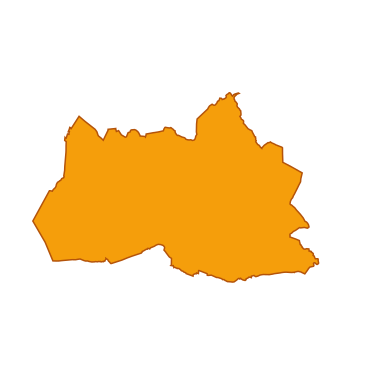 outline of Irimbo, Michoacán, Mexico, rotated 288°
{"feature_id": "50627088B92486141499695", "entity_name": "Irimbo", "entity_type": "district", "adm_level": 2, "iso_a3": "MEX", "parent_name": "Mexico", "parent_adm1": "Michoacán", "projection": "orthographic", "projection_center": [-100.467, 19.711], "detail": "fine", "context": "isolated", "style": "filled", "palette": "amber", "viewbox_px": 384, "rotation_deg": 288, "n_neighbors": 0, "source": "geoboundaries", "source_scale": "gbopen_adm2", "svg_char_len": 6034}
<svg xmlns="http://www.w3.org/2000/svg" viewBox="0 0 384 384"><g transform="rotate(288 192 192)"><path d="M194.9,314.1L196.8,312.9L198.0,311.6L198.8,310.2L199.1,308.4L201.6,305.9L204.1,302.2L207.2,296.8L208.8,294.5L209.8,291.9L210.4,290.7L210.4,289.7L210.9,288.9L213.3,288.5L215.7,288.7L217.7,289.5L219.8,289.6L221.5,290.0L228.7,291.1L231.7,291.5L235.2,292.1L238.2,291.4L244.2,290.9L246.6,279.0L248.3,269.2L256.3,266.3L262.0,264.4L262.4,263.6L262.6,259.1L262.7,258.6L262.7,257.2L262.9,256.6L263.2,254.5L263.3,253.0L263.8,251.0L263.3,250.8L262.8,249.9L262.6,249.7L262.4,249.4L262.4,249.0L258.8,246.3L256.8,245.4L256.0,245.2L255.8,244.7L255.6,244.7L255.1,244.8L256.0,242.8L256.6,242.3L257.2,241.3L257.4,240.2L257.5,239.8L259.5,237.1L260.7,237.2L261.3,236.4L262.5,236.1L263.2,235.7L264.0,235.4L264.0,234.4L264.7,233.9L267.3,231.2L268.8,229.9L269.1,227.6L269.5,225.7L272.2,221.7L272.8,220.5L273.1,219.7L274.7,219.4L275.6,219.0L276.1,218.1L276.4,217.1L276.4,216.5L277.9,215.3L278.6,214.2L279.7,214.5L280.3,214.8L281.5,214.4L284.3,213.2L284.4,212.7L285.7,211.3L286.7,209.2L287.3,208.6L287.9,208.1L289.8,207.8L291.0,206.3L291.8,204.6L292.6,204.3L293.3,203.4L293.7,203.3L294.4,202.9L294.9,202.8L296.2,203.1L296.5,203.3L298.0,204.1L299.1,204.7L300.3,206.3L300.5,205.5L298.4,202.5L297.4,201.5L295.7,200.9L296.0,200.1L297.2,198.9L298.0,197.6L297.9,196.7L296.8,196.2L295.4,195.0L294.3,194.5L292.9,195.3L291.6,194.9L290.1,193.2L290.0,193.3L289.9,193.1L289.4,192.3L289.7,192.2L289.7,191.9L290.2,190.7L289.8,189.4L288.4,189.5L286.9,189.2L286.6,188.6L285.8,188.2L284.7,188.3L284.2,188.0L282.3,187.4L281.7,186.9L281.3,186.2L281.3,185.7L281.4,185.1L281.7,184.0L279.3,182.1L277.7,181.6L275.8,181.3L263.0,174.3L258.2,175.3L250.5,177.6L248.3,178.8L246.1,178.3L244.9,178.5L242.9,178.4L242.3,178.1L241.9,177.7L241.4,176.9L241.1,176.3L241.3,175.3L241.3,174.7L240.6,173.2L240.3,171.6L240.3,169.8L241.0,169.0L241.3,167.9L241.2,165.3L241.7,161.8L241.7,161.5L241.4,161.1L241.3,160.7L241.6,160.0L242.4,158.8L243.4,157.7L245.0,156.9L245.0,156.3L245.1,156.1L245.3,155.5L245.8,154.7L246.0,154.2L246.0,153.8L246.1,153.5L246.5,152.8L246.7,151.9L246.1,151.3L245.9,150.5L245.7,149.6L245.4,147.4L245.3,146.6L245.0,146.3L243.5,145.9L241.3,145.8L238.7,141.4L236.6,137.3L236.6,137.2L233.3,131.1L233.0,130.5L231.7,130.7L229.9,130.7L230.1,130.4L230.2,129.7L229.2,125.4L229.6,125.2L232.0,122.8L232.7,121.7L233.5,119.7L233.6,118.2L233.1,116.9L232.3,115.1L231.5,114.5L230.8,114.6L229.9,114.5L228.7,112.9L224.5,112.6L224.1,112.4L223.6,111.8L223.6,111.2L224.5,107.2L227.7,103.2L226.2,101.4L228.2,100.1L228.1,99.9L228.8,99.8L225.7,92.8L224.8,93.1L213.8,91.6L215.1,89.1L216.4,85.7L217.3,84.8L218.6,83.9L220.0,82.8L221.7,80.4L226.1,68.4L229.1,61.2L215.3,57.6L215.5,56.9L215.0,57.0L215.5,55.8L213.8,55.9L211.1,55.7L211.4,56.7L209.2,56.9L208.8,57.1L208.7,56.7L208.7,55.7L204.3,55.7L204.1,55.1L204.6,54.4L202.5,54.8L201.7,55.0L201.0,56.8L197.2,57.9L192.8,59.3L190.7,59.9L176.7,63.2L173.2,64.2L167.7,65.1L166.9,65.7L166.3,65.5L165.8,65.5L165.4,64.9L164.5,64.0L162.5,63.5L161.8,62.7L161.3,62.5L159.6,61.1L157.5,60.7L155.1,60.9L153.8,60.6L152.2,59.7L151.1,59.2L149.6,58.9L149.5,57.3L149.1,56.0L115.2,49.6L98.8,67.9L83.5,81.0L84.5,84.5L85.2,86.5L86.5,89.3L90.6,98.9L91.6,102.2L92.9,104.6L93.7,106.3L93.4,110.5L93.5,112.3L94.1,113.9L94.1,115.4L94.5,118.4L95.6,121.2L96.0,121.7L96.3,123.2L96.5,123.9L97.0,124.5L97.1,125.2L97.3,125.8L97.6,126.1L97.4,126.6L97.6,127.2L97.6,127.6L97.9,127.9L98.3,128.6L98.3,128.8L98.2,129.0L98.3,129.3L98.6,129.6L99.2,129.7L99.3,129.8L99.3,130.3L99.4,130.5L99.6,130.5L99.9,130.4L101.5,130.9L102.3,130.6L101.6,132.8L100.8,133.6L100.3,134.3L100.0,135.2L99.8,135.4L98.9,136.8L98.9,137.0L99.0,137.3L105.5,146.3L109.5,151.0L112.7,155.1L118.2,162.6L119.2,163.1L120.1,163.0L120.8,163.9L123.6,166.4L123.8,167.2L124.8,167.5L124.8,169.4L126.0,169.7L128.7,172.9L130.6,174.5L131.8,176.1L132.3,178.4L132.3,180.8L131.7,182.2L131.2,182.8L130.4,183.2L128.1,183.3L126.8,185.5L126.4,185.9L123.2,190.5L122.5,193.0L116.3,194.9L115.6,194.6L115.8,196.0L116.2,196.9L115.7,197.1L114.7,198.0L115.1,198.1L115.0,199.3L114.8,200.4L114.9,201.6L114.7,201.7L115.2,203.1L114.5,205.3L114.1,205.7L113.9,206.1L113.8,206.9L113.9,207.8L113.3,209.1L113.3,210.9L112.6,211.6L112.3,219.0L113.7,218.7L114.0,218.9L115.0,219.9L115.6,221.4L116.4,221.3L116.4,223.3L119.3,222.6L119.5,222.8L119.1,230.1L119.0,231.6L117.5,232.3L117.8,233.5L118.9,236.1L118.7,237.9L118.4,240.7L118.3,242.0L118.7,243.1L118.7,246.5L118.7,247.0L118.1,248.2L118.6,249.5L118.0,251.0L118.1,251.4L117.7,253.3L118.5,256.5L118.8,258.2L119.3,259.4L119.6,259.9L122.2,261.8L123.5,262.5L124.3,263.2L124.4,263.4L124.2,263.7L124.0,264.4L125.0,264.9L125.0,265.0L124.5,265.7L124.1,267.4L124.2,269.4L124.4,270.0L125.0,270.1L125.3,270.5L125.8,270.2L126.4,270.6L127.5,271.8L128.6,272.4L128.9,273.5L128.9,274.9L130.3,274.5L131.8,276.8L131.2,278.3L131.2,278.7L131.3,279.0L131.9,279.9L132.6,280.9L133.8,282.1L134.3,282.8L135.5,285.1L137.3,291.1L139.0,294.3L139.7,295.4L142.3,300.8L143.1,302.2L144.1,304.3L144.8,306.1L146.2,311.5L146.8,313.0L147.3,314.2L147.2,314.3L147.8,314.8L149.3,317.4L149.6,320.2L149.4,321.3L149.0,324.6L152.9,325.9L155.2,326.5L157.0,327.3L158.9,330.5L159.5,330.7L160.4,330.3L160.9,330.0L161.7,329.6L162.4,330.0L162.6,330.5L162.4,331.4L161.8,332.5L161.7,333.3L162.5,334.1L163.5,334.4L165.9,333.1L166.7,332.9L167.4,332.4L167.2,331.6L166.6,329.9L167.6,328.9L168.8,328.1L169.1,326.8L170.5,326.6L171.1,326.1L171.1,325.6L171.6,325.0L171.5,324.3L171.9,323.7L172.3,323.7L172.4,323.3L172.2,323.1L172.0,322.7L172.3,322.1L172.1,322.0L172.1,321.5L172.7,321.4L174.0,320.7L173.7,319.8L173.6,318.8L173.1,317.9L172.5,317.2L172.4,315.6L173.5,314.0L173.5,313.7L174.1,313.5L174.9,312.2L175.3,312.1L175.4,311.8L175.4,311.4L175.8,310.9L176.2,310.7L176.4,310.7L178.0,309.6L179.0,309.1L179.3,305.5L179.5,299.0L180.8,298.8L181.3,298.3L182.4,298.3L183.7,299.5L185.8,300.6L187.6,302.4L190.7,304.7L191.5,305.5L191.4,306.3L193.0,309.8L193.2,311.8L193.2,312.8L193.8,313.5L194.4,313.5L194.9,314.1Z" fill="#f59e0b" stroke="#b45309" stroke-width="1.5"/></g></svg>